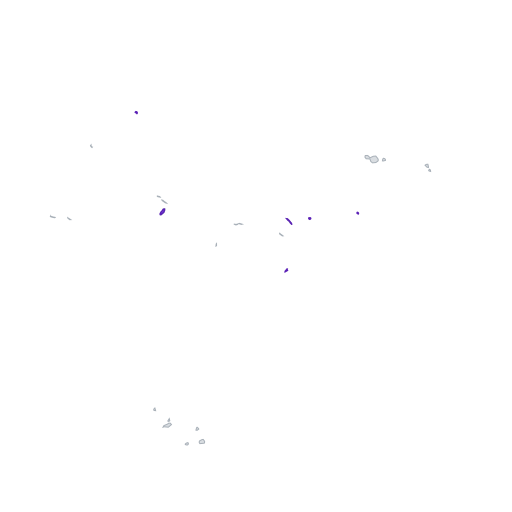 Tuamotu-Gambier on a map of French Polynesia (Albers equal-area conic projection), rotated 166°
{"feature_id": "PYF-4965", "entity_name": "Tuamotu-Gambier", "entity_type": "state/province", "adm_level": 1, "iso_a3": "PYF", "parent_name": "French Polynesia", "parent_adm1": "", "projection": "albers", "projection_center": [-142.294, -18.652], "detail": "coarse", "context": "in_parent", "style": "filled", "palette": "violet", "viewbox_px": 512, "rotation_deg": 166, "n_neighbors": 0, "source": "natural_earth", "source_scale": "10m", "svg_char_len": 3043}
<svg xmlns="http://www.w3.org/2000/svg" viewBox="0 0 512 512"><g transform="rotate(166 256 256)"><path d="M122.0,322.6L125.6,323.7L126.4,325.6L125.7,327.0L123.8,326.7L122.9,326.0L121.6,323.7L118.1,324.4L115.6,324.0L114.2,321.0L114.1,319.6L114.6,318.7L117.1,317.7L120.4,318.2L121.7,319.9L122.0,322.6ZM382.5,111.1L386.4,112.5L387.6,112.4L386.4,113.7L382.5,114.3L381.2,114.9L379.6,114.5L378.8,112.9L382.5,111.1ZM355.4,90.3L352.8,90.9L351.6,90.8L350.7,88.6L351.1,87.3L351.5,86.9L355.8,87.5L356.2,88.5L356.1,89.4L355.4,90.3ZM68.9,303.6L67.9,303.7L67.0,303.4L67.1,300.7L67.3,300.1L68.7,300.9L70.0,303.2L68.9,303.6ZM109.6,319.3L108.8,320.0L107.8,319.5L107.3,318.9L107.1,318.2L107.3,317.4L109.6,317.4L110.3,317.7L109.6,319.3ZM368.9,91.3L367.2,91.4L367.0,90.2L367.5,89.5L368.2,89.2L369.5,89.6L370.2,90.2L370.2,90.6L368.9,91.3ZM355.2,103.7L354.6,104.1L353.5,102.6L353.4,101.9L355.3,101.1L356.4,101.6L355.2,103.7ZM216.9,284.2L217.1,284.6L216.5,284.6L215.6,283.3L215.2,282.1L214.6,280.9L213.8,279.9L213.7,279.0L213.6,277.7L214.6,279.8L215.5,281.4L216.2,282.8L216.9,284.2ZM334.2,323.7L334.3,324.2L333.4,324.1L333.1,323.9L333.1,323.0L333.8,321.9L334.3,320.9L335.4,320.0L337.3,319.2L338.2,318.8L338.5,319.0L338.1,319.1L335.0,321.0L334.0,322.3L333.6,323.2L333.7,323.5L334.2,323.7ZM391.8,132.5L390.9,133.0L390.8,130.2L392.1,130.7L392.5,131.2L392.3,131.9L391.8,132.5ZM333.6,332.4L333.8,333.1L332.8,332.6L332.0,331.3L330.4,329.6L330.0,328.9L331.2,329.6L332.0,330.6L333.6,332.4ZM67.2,297.9L66.7,298.2L66.2,297.7L66.0,297.0L66.1,295.8L67.3,296.5L67.8,297.0L67.2,297.9ZM381.5,117.2L379.5,119.2L379.5,117.0L380.2,116.7L380.9,116.7L381.5,117.2ZM446.0,344.0L445.5,344.6L445.5,344.0L444.8,343.8L443.8,343.2L442.6,342.5L441.8,342.3L441.5,342.0L442.0,341.8L442.8,342.1L443.9,342.7L445.2,343.4L446.0,344.0ZM227.7,271.6L227.6,272.8L227.1,271.6L225.5,269.8L224.9,269.0L225.6,269.1L227.7,271.6ZM337.1,337.4L337.5,338.4L336.9,337.9L335.0,337.0L334.7,336.2L337.1,337.4ZM268.4,291.2L269.8,292.4L268.0,291.6L265.7,291.2L266.5,291.0L267.8,291.0L268.4,291.2ZM265.1,291.6L264.2,291.7L261.7,290.2L262.6,290.2L264.0,291.1L265.1,291.6ZM429.4,338.2L429.4,338.7L427.0,336.1L428.0,336.3L429.4,338.2ZM389.9,403.2L389.2,403.7L389.4,403.0L388.9,401.6L388.4,401.3L388.9,400.9L389.7,402.1L389.9,403.2ZM291.7,277.3L291.3,277.6L291.8,275.5L292.5,275.3L291.7,277.3Z" fill="#d9dde1" stroke="#a8b0b8" stroke-width="1"/><path d="M337.4,321.7L336.2,322.4L334.8,323.7L333.5,323.6L333.8,322.4L334.9,320.9L338.1,319.2L338.8,319.3L338.9,319.8L338.7,320.3L337.4,321.7ZM336.7,423.4L337.1,423.1L338.3,424.7L337.7,425.1L337.0,424.8L336.6,424.2L336.7,423.4ZM194.2,278.8L194.9,278.6L195.4,278.9L195.7,279.6L195.4,280.2L194.1,279.9L193.8,279.4L194.2,278.8ZM217.1,284.6L216.6,284.4L215.2,282.2L213.8,279.0L213.6,277.7L213.9,278.7L214.6,279.8L215.1,281.7L216.2,282.9L217.1,284.6ZM147.1,273.8L146.6,273.5L146.3,272.9L146.4,272.3L146.7,272.1L147.6,273.3L147.1,273.8ZM228.4,236.3L229.6,235.1L231.3,233.9L228.3,234.6L231.5,233.7L231.4,234.1L228.4,236.3Z" fill="#8b5cf6" stroke="#5b21b6" stroke-width="1.5"/></g></svg>